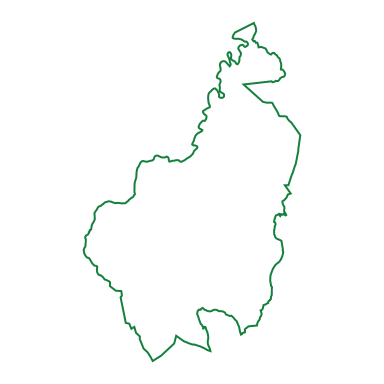 Santiago Camotlán, Oaxaca, Mexico
{"feature_id": "50627088B23494888304599", "entity_name": "Santiago Camotlán", "entity_type": "district", "adm_level": 2, "iso_a3": "MEX", "parent_name": "Mexico", "parent_adm1": "Oaxaca", "projection": "equal_earth", "projection_center": [-96.155, 17.545], "detail": "fine", "context": "isolated", "style": "outline", "palette": "green", "viewbox_px": 384, "rotation_deg": 0, "n_neighbors": 0, "source": "geoboundaries", "source_scale": "gbopen_adm2", "svg_char_len": 5926}
<svg xmlns="http://www.w3.org/2000/svg" viewBox="0 0 384 384"><path d="M244.9,332.3L244.9,329.3L247.6,327.0L248.9,326.3L257.0,325.5L257.3,323.4L258.1,321.5L259.1,320.3L259.7,319.3L260.1,317.2L260.8,316.4L261.4,315.1L261.6,313.4L260.6,310.4L261.4,310.2L262.3,309.5L262.8,308.3L263.6,305.0L265.7,304.4L267.0,303.5L268.2,303.0L268.2,302.1L268.5,301.2L270.0,300.3L270.0,299.6L270.9,299.0L271.0,296.7L271.7,295.2L271.8,293.8L271.8,289.0L272.0,287.1L271.3,286.3L271.0,285.4L270.2,280.5L270.4,276.4L270.7,274.7L272.8,269.1L273.7,267.5L275.4,265.0L277.1,263.4L278.5,262.5L280.0,260.8L281.1,259.0L282.3,256.2L283.3,252.1L282.7,250.6L282.9,249.7L281.5,241.1L280.8,240.4L276.6,238.6L275.6,237.5L275.0,236.5L274.7,235.2L274.2,234.4L274.1,230.0L274.5,229.3L274.7,226.6L275.5,224.6L275.6,224.0L275.3,222.9L274.7,222.2L274.1,222.0L274.2,220.8L274.7,218.7L275.8,215.6L277.8,214.7L278.9,213.8L279.7,213.9L279.7,215.6L280.3,216.1L281.1,214.7L281.5,214.3L282.1,214.7L283.1,214.6L283.5,213.9L285.5,215.4L286.2,215.0L285.5,213.4L284.1,211.3L284.1,209.9L284.4,208.5L284.3,206.6L283.8,206.1L282.9,204.1L282.4,202.2L282.5,201.2L284.3,200.1L285.3,198.9L286.3,198.0L287.9,194.5L290.7,193.5L284.9,185.3L288.4,185.2L291.8,174.7L292.5,173.5L294.7,166.5L295.7,164.0L298.2,151.4L298.4,148.4L300.3,135.2L291.3,122.5L289.1,120.7L288.0,119.3L287.3,118.3L286.9,117.0L286.4,116.6L284.8,116.3L279.9,116.2L279.3,116.0L278.4,114.3L278.1,113.1L273.4,105.1L273.2,104.5L272.3,102.9L271.9,102.7L266.7,102.7L262.9,101.8L243.6,84.5L271.6,81.3L272.2,82.1L272.9,82.3L274.1,81.7L275.3,81.4L275.8,80.8L278.0,81.1L279.4,79.7L280.3,78.1L282.3,77.0L283.8,76.7L284.5,76.0L285.1,74.2L285.1,73.4L284.6,72.2L283.9,71.4L283.5,70.5L282.7,69.7L280.9,69.5L280.9,68.4L281.2,67.6L281.1,66.9L281.3,65.0L281.0,63.1L280.2,61.0L280.0,59.6L279.4,58.4L277.8,57.0L276.9,55.3L275.0,54.1L274.6,53.3L274.2,53.0L273.0,52.9L272.3,53.2L271.1,54.5L270.3,54.4L267.8,52.6L267.2,51.9L266.5,50.1L265.5,48.5L261.2,46.9L258.7,47.4L258.3,46.8L258.4,45.8L257.3,42.7L256.8,42.6L255.8,42.8L255.1,41.4L254.6,40.9L253.6,41.3L252.3,39.5L253.2,37.9L253.7,36.2L254.3,34.9L254.8,34.4L255.5,32.7L256.1,31.2L256.2,30.2L255.6,27.0L255.1,25.7L254.5,24.9L253.9,23.0L235.0,32.5L233.5,34.8L232.9,36.4L232.6,37.4L232.9,38.1L233.6,38.4L235.1,38.8L238.9,38.8L241.2,39.4L242.7,40.2L244.7,41.6L246.4,41.6L247.6,42.9L247.9,43.8L247.9,44.7L247.6,45.4L245.3,46.9L244.6,46.8L242.9,44.9L242.3,44.8L240.1,45.4L238.9,46.6L238.4,47.6L238.3,48.2L238.4,48.9L241.0,53.2L240.6,55.8L239.5,57.1L239.4,60.6L239.2,61.4L238.4,63.2L237.7,64.1L236.9,64.2L235.8,63.0L234.8,61.4L232.5,60.4L231.3,59.2L231.0,58.3L231.0,57.4L231.2,56.7L231.3,54.8L231.1,53.8L230.0,52.3L229.5,52.1L229.1,52.2L227.9,53.0L227.5,54.3L227.5,54.9L228.9,58.0L229.7,60.5L230.0,62.3L230.5,63.2L230.6,65.0L229.7,66.3L225.8,62.0L224.6,61.2L222.9,61.2L221.3,61.9L220.0,63.7L219.9,65.2L220.6,68.7L220.6,70.1L220.3,71.2L218.9,72.3L217.9,73.7L216.8,76.6L216.9,77.5L217.5,78.1L219.7,78.9L220.3,79.5L220.6,81.7L219.4,85.0L219.9,87.1L219.7,89.6L220.0,91.6L220.5,92.1L221.6,92.5L223.8,94.0L224.1,95.2L224.0,96.4L223.6,97.0L222.8,97.6L221.8,97.9L220.2,97.7L219.1,97.0L219.1,94.7L218.2,92.1L217.1,90.3L215.3,88.5L214.4,88.4L212.5,89.5L211.0,91.2L209.4,92.5L209.0,93.2L208.4,94.5L208.1,98.1L208.6,102.9L209.9,106.0L209.8,107.1L206.1,109.0L203.0,111.1L203.1,112.4L203.9,113.8L206.3,115.7L206.5,116.6L206.5,117.6L206.1,119.0L204.8,120.9L203.1,120.7L202.2,121.3L199.9,123.7L198.6,126.6L198.8,127.5L199.2,128.3L202.3,130.0L202.2,130.7L201.6,131.3L197.5,133.5L195.6,135.5L194.4,138.5L193.8,140.9L192.9,142.4L192.3,144.0L192.2,144.4L192.6,144.9L193.5,145.4L195.1,145.4L197.1,146.4L197.4,147.0L197.2,148.0L194.0,151.0L193.0,153.6L190.3,156.5L187.5,158.1L184.6,160.2L181.6,161.7L180.9,161.8L180.1,161.5L178.5,160.2L177.2,160.1L175.9,160.2L174.2,160.7L172.1,160.8L170.1,161.6L169.4,161.6L168.9,160.8L168.6,158.2L167.9,157.2L167.5,156.9L166.7,156.6L165.2,157.4L162.7,157.5L160.9,157.2L158.3,155.8L157.0,155.5L155.5,155.9L154.9,156.4L154.4,157.1L153.8,159.1L153.1,159.9L152.1,160.5L149.9,160.9L146.8,161.8L142.8,161.0L141.7,161.4L140.5,162.5L138.4,166.9L137.7,167.6L137.0,169.7L136.5,172.7L136.4,176.2L136.1,178.2L134.9,181.9L134.6,183.7L134.4,191.2L134.9,194.3L133.8,195.6L133.1,196.9L130.6,198.5L128.6,200.2L128.4,200.8L126.8,201.9L126.1,202.7L125.3,203.2L121.9,203.4L117.6,202.8L115.5,203.2L112.0,202.1L111.5,201.7L108.7,201.3L104.9,202.4L104.1,203.1L103.3,204.1L102.4,204.4L100.9,205.8L100.1,206.2L99.2,206.3L98.6,206.7L97.6,207.9L97.0,209.3L94.7,212.5L94.5,213.5L94.8,219.4L93.3,222.6L92.8,223.0L91.7,225.6L91.1,229.5L90.3,230.1L89.8,230.1L89.7,231.2L89.3,232.0L88.8,232.1L88.7,233.5L88.0,234.4L85.8,235.7L85.6,236.4L85.2,236.8L85.3,238.1L85.9,239.5L85.5,245.2L85.3,246.7L84.4,247.9L83.7,249.8L84.1,252.6L84.8,254.6L85.8,256.1L86.8,257.4L88.9,258.0L90.0,259.5L92.2,263.3L94.2,265.5L96.2,265.9L97.2,266.6L96.9,269.5L97.1,272.0L97.8,273.6L98.6,274.7L99.4,275.2L100.3,275.1L102.7,276.8L104.7,279.5L106.3,280.0L108.9,281.2L110.0,282.2L109.9,286.1L115.8,290.7L121.3,291.1L121.4,291.3L121.9,295.7L120.6,297.3L125.8,322.9L129.3,323.7L131.4,328.8L134.3,326.9L136.0,332.8L139.9,336.5L139.7,338.9L143.6,348.6L147.7,352.4L150.9,357.5L152.7,361.0L161.1,355.7L174.2,343.5L176.2,335.8L183.8,341.2L189.1,343.4L192.7,344.6L194.3,344.5L200.5,346.5L204.8,348.5L207.0,349.9L210.4,351.1L209.8,348.6L208.2,345.0L207.8,343.7L207.8,340.3L208.2,339.4L208.2,336.1L207.3,331.9L206.3,329.8L205.6,327.4L205.3,327.0L204.3,326.9L203.6,328.5L203.1,328.5L203.2,327.3L201.7,324.7L200.7,323.8L199.3,320.2L198.1,316.3L197.1,313.9L197.6,311.2L198.9,309.6L199.8,309.8L200.7,309.7L201.3,308.6L202.8,308.0L204.5,309.7L208.0,311.1L209.9,311.4L211.8,311.0L212.7,310.3L214.4,309.7L216.8,309.9L218.8,311.2L220.8,311.1L223.3,311.6L225.0,312.6L225.9,314.4L229.8,316.0L231.3,315.7L233.4,317.5L234.8,319.4L236.6,321.1L239.2,327.2L239.9,331.3L241.0,334.6L242.0,334.1L242.6,333.0L244.9,332.3Z" fill="none" stroke="#15803d" stroke-width="2"/></svg>